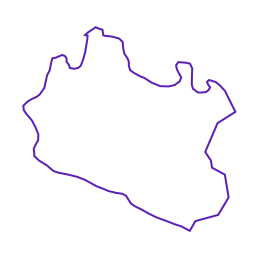 outline of Upplands-Bro, Stockholm, Sweden, rotated 184°
{"feature_id": "70781695B36454711221889", "entity_name": "Upplands-Bro", "entity_type": "district", "adm_level": 2, "iso_a3": "SWE", "parent_name": "Sweden", "parent_adm1": "Stockholm", "projection": "robinson", "projection_center": [17.683, 59.545], "detail": "fine", "context": "isolated", "style": "outline", "palette": "violet", "viewbox_px": 256, "rotation_deg": 184, "n_neighbors": 0, "source": "geoboundaries", "source_scale": "gbopen_adm2", "svg_char_len": 1557}
<svg xmlns="http://www.w3.org/2000/svg" viewBox="0 0 256 256"><g transform="rotate(184 128 128)"><path d="M22.0,151.6L33.9,171.8L39.5,177.1L43.9,180.0L50.5,181.5L52.4,179.6L51.1,176.9L48.9,174.3L50.2,171.6L52.7,169.3L57.4,168.5L60.6,168.3L65.9,171.6L67.4,175.8L67.8,183.8L68.1,191.9L70.6,196.5L75.3,197.2L82.5,197.2L84.4,193.8L83.4,190.2L80.6,185.4L78.4,182.1L79.7,178.1L84.4,174.1L90.4,172.3L98.8,172.0L107.3,174.8L115.5,179.2L119.5,180.4L126.1,183.5L129.9,185.8L131.5,190.0L131.8,194.0L133.3,197.4L136.8,201.8L138.0,205.7L139.0,211.2L139.3,213.5L143.1,216.6L150.3,218.1L156.9,218.3L159.1,218.7L160.3,224.2L164.4,225.2L167.2,226.3L170.1,224.0L172.3,222.3L174.8,220.4L177.3,217.7L174.8,217.3L174.8,213.3L176.0,200.7L177.3,194.2L178.2,190.9L179.5,186.7L182.0,184.4L186.1,183.3L190.1,183.8L191.4,186.9L193.9,189.8L194.2,193.2L195.8,195.3L198.6,196.3L202.4,194.4L205.8,192.8L208.3,192.3L209.0,188.8L210.2,179.8L212.4,175.0L214.2,162.3L214.6,161.6L218.4,155.3L221.2,152.8L225.4,150.5L229.8,147.6L234.0,142.9L233.2,138.6L230.4,135.0L226.6,131.3L224.0,128.3L220.6,122.7L217.0,115.5L216.8,109.6L219.0,104.8L220.6,100.8L220.0,97.5L219.9,97.2L219.5,93.5L214.5,89.3L205.9,84.8L202.3,82.0L199.1,79.8L193.9,78.5L183.6,77.2L175.6,75.8L167.4,73.3L155.3,67.7L147.7,65.4L143.3,63.8L135.1,62.4L129.3,62.0L125.4,60.4L123.0,57.2L119.8,52.9L115.6,50.4L109.0,47.7L101.4,44.1L93.6,40.9L84.1,38.2L74.5,35.2L68.3,33.7L59.2,29.7L54.3,39.8L32.0,47.6L22.8,65.7L28.1,88.2L41.4,94.3L43.0,101.3L49.3,109.5L39.0,139.1L22.0,151.6Z" fill="none" stroke="#5b21b6" stroke-width="2"/></g></svg>